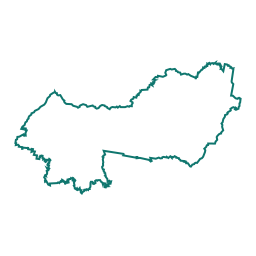 Upper Hunter, New South Wales, Australia
{"feature_id": "25037944B30189264259012", "entity_name": "Upper Hunter", "entity_type": "district", "adm_level": 2, "iso_a3": "AUS", "parent_name": "Australia", "parent_adm1": "New South Wales", "projection": "natural_earth1", "projection_center": [150.757, -31.981], "detail": "fine", "context": "isolated", "style": "outline", "palette": "teal", "viewbox_px": 256, "rotation_deg": 0, "n_neighbors": 0, "source": "geoboundaries", "source_scale": "gbopen_adm2", "svg_char_len": 5782}
<svg xmlns="http://www.w3.org/2000/svg" viewBox="0 0 256 256"><path d="M217.2,139.8L216.7,137.1L217.4,135.9L219.4,133.9L221.1,133.5L221.1,132.6L223.2,130.3L222.1,126.8L222.4,125.0L221.5,123.5L222.6,122.3L223.3,119.1L224.9,116.7L225.0,115.1L227.0,114.4L227.7,113.6L227.3,112.9L227.8,112.2L230.5,110.7L230.8,110.3L230.4,108.9L232.3,107.6L233.4,107.2L234.9,108.0L235.4,107.5L236.0,107.9L236.0,108.8L235.2,109.4L235.9,109.8L238.5,108.7L238.5,107.4L239.5,106.0L239.5,103.3L240.1,102.7L240.6,98.7L239.4,98.0L239.2,98.5L238.2,98.1L237.4,98.8L235.6,98.3L232.8,95.7L231.1,95.6L233.3,84.1L231.8,82.4L231.6,81.3L233.4,69.1L232.7,68.8L233.0,68.4L232.1,68.5L231.5,67.6L230.5,67.8L230.6,66.7L228.8,65.9L228.6,65.3L227.9,65.7L227.1,64.5L224.8,64.1L223.3,71.2L221.4,68.8L220.7,68.9L221.1,67.6L220.8,67.3L221.2,66.8L220.6,66.6L220.9,66.0L220.3,65.8L220.5,64.6L220.0,63.9L219.5,65.0L218.8,64.6L219.0,64.1L218.1,64.2L217.9,63.7L217.2,64.4L216.5,63.2L216.6,64.0L215.1,63.6L215.5,62.6L213.5,63.9L213.0,63.1L210.7,63.4L210.3,64.2L209.3,62.9L208.4,63.4L208.7,63.9L208.4,64.2L207.3,63.7L207.4,64.7L206.8,64.9L207.1,66.0L206.3,66.0L206.1,66.7L204.8,66.6L204.5,67.9L203.1,67.5L203.0,68.7L202.0,69.8L201.5,69.7L199.3,72.4L198.4,72.3L198.3,73.2L197.9,73.1L197.3,76.9L196.2,76.7L195.8,79.1L195.5,77.7L190.8,75.8L188.3,74.1L187.1,74.6L185.5,73.7L183.8,73.7L181.0,74.6L180.2,72.6L177.9,72.2L177.6,71.4L175.9,70.9L175.9,69.9L174.8,68.9L171.7,69.5L170.2,68.9L166.2,70.2L165.3,72.8L166.3,75.0L165.9,75.5L162.9,76.8L157.9,75.8L157.6,77.3L155.6,77.0L153.1,79.6L155.2,80.0L154.7,80.2L154.4,82.1L153.3,82.1L153.8,83.6L152.5,84.5L152.2,83.3L151.3,83.3L152.1,85.3L150.8,84.5L149.6,84.9L149.2,87.3L147.9,87.5L147.5,89.6L141.6,90.0L140.8,91.4L140.4,91.1L140.4,92.2L138.5,93.7L138.9,93.8L138.7,95.0L137.7,94.8L137.2,95.8L136.6,95.7L136.3,97.6L133.7,97.1L133.3,98.7L131.2,99.7L130.5,101.0L132.6,102.4L132.6,103.4L131.7,104.5L131.8,106.2L129.6,106.1L129.1,106.7L127.5,106.2L125.2,107.1L120.7,107.1L119.8,106.1L117.8,107.6L116.8,106.6L115.6,107.4L112.3,107.0L110.6,107.8L109.7,109.2L107.3,107.9L107.0,107.0L104.8,106.1L104.6,105.5L102.1,105.0L100.3,105.9L98.5,108.1L96.7,108.6L95.4,107.9L95.2,106.8L93.4,106.4L92.7,105.5L87.3,106.8L86.1,105.1L83.1,104.2L80.3,105.4L79.6,106.0L79.7,106.8L78.0,107.7L77.0,106.8L73.2,105.8L71.6,104.2L66.3,103.9L64.5,102.4L64.0,100.9L64.3,100.5L62.9,99.5L60.3,95.1L58.2,95.4L57.0,94.6L56.9,93.2L55.8,93.1L55.1,92.0L55.1,92.4L53.8,92.5L50.2,94.8L49.9,96.1L47.5,98.2L45.8,102.5L44.3,104.6L40.5,106.8L38.5,109.1L34.9,110.8L34.0,112.3L31.5,113.3L31.3,114.6L29.1,116.3L28.5,117.6L28.6,118.5L27.4,119.6L26.8,121.4L25.4,122.4L24.6,125.0L22.4,126.7L21.3,128.9L23.6,129.3L23.7,128.2L25.8,128.5L25.6,130.2L26.7,130.4L25.5,132.9L25.7,135.6L25.0,135.5L25.1,134.5L23.9,134.3L23.7,135.5L22.6,134.8L19.3,136.7L17.4,136.9L17.1,139.3L15.9,139.8L15.4,143.0L16.1,143.1L15.8,145.1L18.0,144.7L19.0,145.6L18.8,146.7L22.2,147.1L22.1,148.8L22.5,148.8L22.6,147.6L27.9,148.1L28.1,147.0L28.1,149.2L31.7,149.7L31.8,148.9L33.0,149.1L32.7,150.9L31.7,150.8L31.5,151.9L33.2,151.3L34.9,151.5L33.8,154.9L37.0,155.4L36.5,158.7L39.3,159.1L39.6,157.0L40.1,157.1L40.3,155.9L41.5,156.1L41.6,155.6L42.6,155.8L42.4,157.9L43.4,158.2L43.2,159.4L44.3,159.0L45.2,159.8L44.8,160.7L45.8,160.8L44.9,162.4L46.0,161.7L46.0,159.8L46.6,159.8L47.1,160.5L48.1,159.7L48.9,160.4L49.3,159.0L50.2,159.7L50.4,160.3L49.6,161.0L49.3,162.7L48.8,162.6L48.6,163.7L47.9,163.6L47.4,164.8L47.6,165.4L49.0,165.6L48.3,167.5L49.3,168.5L48.7,169.3L47.0,168.2L48.1,170.4L46.7,170.9L47.2,172.9L46.8,174.4L45.6,175.0L45.9,176.0L45.0,175.5L44.2,177.4L45.5,179.1L44.9,180.5L45.1,181.8L46.4,181.1L48.2,184.6L50.0,185.4L49.8,183.5L57.3,183.1L58.1,182.4L59.3,183.1L60.9,180.9L61.4,180.8L61.5,181.8L61.9,181.7L62.1,179.8L63.7,180.8L63.9,181.9L64.9,181.9L65.1,184.4L66.1,181.8L67.2,181.9L67.4,182.8L68.6,182.5L68.3,181.2L67.2,180.7L67.5,179.7L68.5,180.3L69.1,179.0L70.4,179.0L71.0,178.0L72.1,178.8L73.3,177.2L73.0,178.3L74.2,179.3L72.9,180.6L73.9,181.0L74.9,179.9L75.3,180.4L73.9,182.7L74.5,185.1L73.8,185.6L74.9,187.7L74.8,188.5L76.0,189.2L77.0,188.2L77.4,189.0L76.6,189.6L77.3,190.1L78.4,189.7L79.7,188.1L80.1,189.9L81.3,190.2L80.7,191.1L80.8,192.5L81.8,193.4L82.5,192.1L84.0,191.2L84.2,189.8L85.5,189.6L86.0,190.2L86.6,189.3L88.0,189.9L88.0,189.3L89.7,189.0L89.5,188.3L90.4,186.8L90.5,182.8L90.9,181.8L92.3,181.8L93.1,182.6L92.8,183.6L93.9,184.0L95.5,183.0L95.1,181.0L96.2,180.2L97.4,180.7L98.0,180.1L100.1,180.1L101.1,181.8L102.3,182.5L103.0,184.8L103.5,183.2L105.4,183.5L104.8,187.2L105.7,187.4L106.6,187.4L106.2,187.2L106.4,186.4L107.6,186.3L106.5,185.7L107.2,185.5L107.1,184.7L108.4,184.9L108.3,183.9L108.8,184.0L108.9,183.4L110.5,183.7L111.1,181.4L109.9,181.6L109.4,180.8L107.6,181.6L107.3,178.9L105.8,176.9L105.8,176.1L105.1,175.7L105.5,175.3L105.2,173.1L104.4,172.8L104.4,171.9L103.6,171.0L103.9,169.6L102.9,169.4L102.2,167.6L102.1,166.9L103.1,165.6L103.0,163.3L103.3,162.4L102.8,159.3L103.4,157.7L102.7,157.0L103.4,156.6L103.3,155.7L105.1,154.6L103.7,150.8L123.5,153.9L123.8,154.9L123.4,155.4L136.7,157.8L136.6,157.0L137.2,157.0L136.9,158.2L139.9,157.9L149.0,159.9L150.7,161.5L151.4,161.1L149.8,159.8L151.2,159.9L150.4,157.9L155.8,158.7L158.8,157.6L160.3,158.4L162.0,158.2L162.3,157.3L163.3,156.9L166.4,157.4L166.7,156.8L168.3,158.0L170.3,156.3L171.9,158.0L172.1,156.9L173.5,157.2L174.6,156.2L176.4,157.1L176.3,157.7L178.9,158.2L179.0,159.1L180.2,159.8L180.6,160.7L183.9,161.0L183.8,161.7L184.7,161.9L184.8,161.2L185.6,161.4L185.5,162.0L186.3,162.2L186.2,163.2L188.0,163.3L190.0,166.3L190.9,166.6L192.4,164.6L194.2,164.1L194.6,163.3L195.9,162.7L197.1,162.9L200.1,158.9L201.9,158.2L203.1,156.8L205.0,152.0L205.3,150.2L204.3,148.7L206.2,146.9L206.8,145.3L208.1,145.0L208.2,143.5L215.0,143.6L215.6,141.6L217.2,139.8Z" fill="none" stroke="#0f766e" stroke-width="2"/></svg>